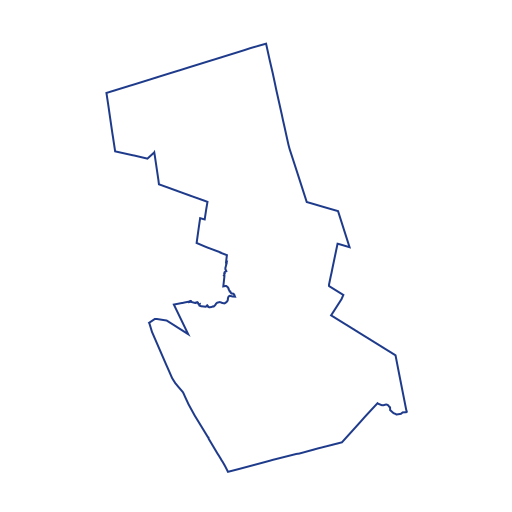 Sabinas, Coahuila, Mexico (Equal Earth projection), rotated 349°
{"feature_id": "50627088B51623896111696", "entity_name": "Sabinas", "entity_type": "district", "adm_level": 2, "iso_a3": "MEX", "parent_name": "Mexico", "parent_adm1": "Coahuila", "projection": "equal_earth", "projection_center": [-101.198, 27.94], "detail": "fine", "context": "isolated", "style": "outline", "palette": "blue", "viewbox_px": 512, "rotation_deg": 349, "n_neighbors": 0, "source": "geoboundaries", "source_scale": "gbopen_adm2", "svg_char_len": 4375}
<svg xmlns="http://www.w3.org/2000/svg" viewBox="0 0 512 512"><g transform="rotate(349 256 256)"><path d="M304.8,455.3L324.0,440.9L332.0,434.8L340.3,428.7L347.2,423.7L347.7,424.3L350.9,426.4L352.5,426.8L355.2,426.6L356.0,426.8L357.4,427.9L357.8,429.1L358.7,430.1L358.5,431.5L358.3,432.9L361.0,436.5L362.9,437.7L363.6,438.4L368.1,438.6L369.8,437.7L370.2,437.5L370.7,437.6L373.6,438.0L374.3,437.7L374.1,435.3L374.0,398.0L374.0,380.1L318.4,328.6L331.7,314.7L334.3,310.9L322.0,299.5L322.1,298.3L322.3,297.8L325.4,290.4L326.4,288.1L326.9,287.0L328.4,283.3L338.4,259.5L339.3,259.9L349.5,265.2L347.5,248.2L345.1,227.6L331.6,220.7L321.2,215.3L316.1,212.7L313.8,193.5L312.4,181.9L310.9,169.6L309.4,157.5L309.1,153.3L308.9,146.4L308.6,134.3L308.4,127.9L308.3,121.9L307.6,97.0L307.5,89.7L307.3,79.3L307.1,74.3L306.8,66.0L306.4,49.5L294.4,50.5L289.9,50.9L283.9,51.7L274.9,52.7L265.7,53.7L257.5,54.6L246.4,55.8L236.4,56.9L226.3,58.0L215.9,59.2L215.6,59.2L205.3,60.3L194.4,61.5L183.0,62.8L169.5,64.3L163.4,64.9L162.7,65.0L151.5,66.2L140.3,67.4L139.8,79.4L138.9,98.0L138.4,108.7L138.3,112.4L138.2,114.2L137.7,126.4L154.7,133.8L155.4,134.0L155.8,134.2L168.0,139.7L175.4,135.2L175.8,135.0L175.9,134.9L175.8,138.3L174.7,162.7L174.4,167.1L193.4,178.5L203.9,184.8L217.1,192.6L218.7,193.6L216.1,200.5L212.6,210.3L210.5,209.3L208.4,208.2L205.9,215.3L204.0,220.8L200.2,231.9L204.5,234.8L207.6,236.9L210.7,238.9L221.5,245.5L221.9,245.8L221.8,246.0L227.6,249.6L226.6,252.7L225.5,256.1L226.2,256.1L225.2,258.0L225.3,258.1L225.5,258.1L225.4,258.3L223.8,261.6L223.7,261.8L223.4,263.0L223.5,263.3L223.6,263.8L224.0,265.2L223.4,265.4L223.2,265.5L222.7,265.6L222.5,265.8L222.1,265.9L222.0,266.0L221.5,267.1L221.7,267.3L221.4,267.5L221.4,268.4L221.4,268.6L221.4,268.8L221.1,269.0L220.8,269.1L221.0,269.6L221.1,269.9L221.1,270.0L218.1,279.6L219.9,279.6L220.3,279.6L220.5,279.6L220.8,279.7L220.9,279.8L221.0,279.8L221.2,280.0L221.3,280.0L222.1,281.0L222.4,281.4L222.4,281.5L222.5,281.6L222.5,281.8L222.6,282.0L222.7,282.3L222.8,282.4L222.8,282.5L222.9,282.8L222.9,283.0L222.8,283.3L222.8,283.5L222.9,283.9L223.3,284.9L223.3,285.0L223.4,285.3L223.4,285.5L223.5,285.5L223.6,285.8L223.7,286.0L223.8,286.0L223.9,286.3L224.0,286.3L224.0,286.5L224.1,286.8L224.2,287.0L224.3,287.1L224.3,287.4L224.6,287.9L224.9,288.2L225.1,288.2L225.3,288.3L225.6,288.4L225.8,288.4L225.9,288.5L226.1,288.5L226.4,288.6L226.8,288.9L227.1,289.7L227.4,290.2L227.4,291.0L227.6,291.9L227.2,291.8L225.0,291.2L223.9,290.6L223.2,290.4L222.8,290.1L222.3,290.1L221.8,290.4L221.3,290.7L220.6,291.7L220.4,292.3L220.2,292.7L220.1,293.3L219.9,293.7L219.9,293.8L219.8,294.0L219.7,294.1L219.6,294.3L219.5,294.5L219.4,294.6L219.2,294.8L218.1,295.7L217.8,295.8L217.7,295.8L217.4,296.0L217.1,296.0L216.5,296.4L216.0,296.5L215.7,296.4L215.2,296.2L214.7,296.0L214.3,295.8L213.7,295.6L213.5,295.4L213.4,295.3L213.2,295.2L212.9,295.0L212.8,294.9L211.5,294.3L209.6,294.4L209.1,294.4L208.1,294.9L207.7,295.2L206.8,296.2L205.6,297.1L205.1,297.3L204.9,297.5L204.6,297.5L204.5,297.3L204.2,297.2L203.5,297.4L202.3,297.6L201.2,297.5L200.5,297.5L200.0,297.2L199.4,296.4L199.2,296.0L199.0,296.4L198.9,296.3L198.4,295.3L197.1,296.2L196.5,296.1L193.2,295.0L192.8,295.0L191.0,293.9L191.0,293.5L191.5,292.5L190.6,292.6L190.1,291.6L190.1,290.7L189.6,290.1L188.2,290.2L187.9,290.7L187.1,290.4L183.8,288.8L183.6,287.8L183.1,287.6L182.2,287.8L182.2,288.0L182.2,288.5L181.6,288.5L181.7,288.1L180.4,288.0L178.6,288.0L177.2,288.0L174.9,288.1L174.5,288.0L170.1,288.0L169.8,288.0L167.6,288.0L166.4,288.0L166.1,288.0L174.5,319.8L156.0,302.3L146.9,299.0L144.7,298.5L138.3,301.2L138.5,301.7L139.4,310.6L143.5,329.2L146.9,344.6L147.3,346.4L147.9,348.9L150.3,359.6L150.5,360.2L151.1,361.8L151.8,363.6L151.9,363.8L152.4,365.2L152.6,365.6L153.4,367.0L154.4,368.9L155.7,371.2L157.3,374.0L158.3,375.8L158.9,378.0L159.4,380.3L161.5,388.8L165.6,401.6L165.9,402.3L171.9,418.4L174.2,424.6L174.5,424.9L174.7,425.1L174.6,426.2L180.6,442.9L181.4,444.8L181.5,445.0L181.8,445.9L182.1,446.8L182.3,447.3L182.5,447.7L182.9,448.9L183.1,449.6L183.4,450.4L183.8,451.2L184.1,452.1L184.4,452.9L184.5,453.3L184.7,453.9L185.1,454.8L185.1,455.1L185.3,455.7L185.5,456.2L185.7,456.9L185.8,457.2L186.6,460.0L187.3,462.5L194.3,462.1L199.2,461.8L226.5,459.9L229.0,459.7L230.6,459.6L232.5,459.4L233.8,459.3L257.9,458.0L260.6,458.2L280.1,456.7L304.8,455.3Z" fill="none" stroke="#1e3a8a" stroke-width="2"/></g></svg>